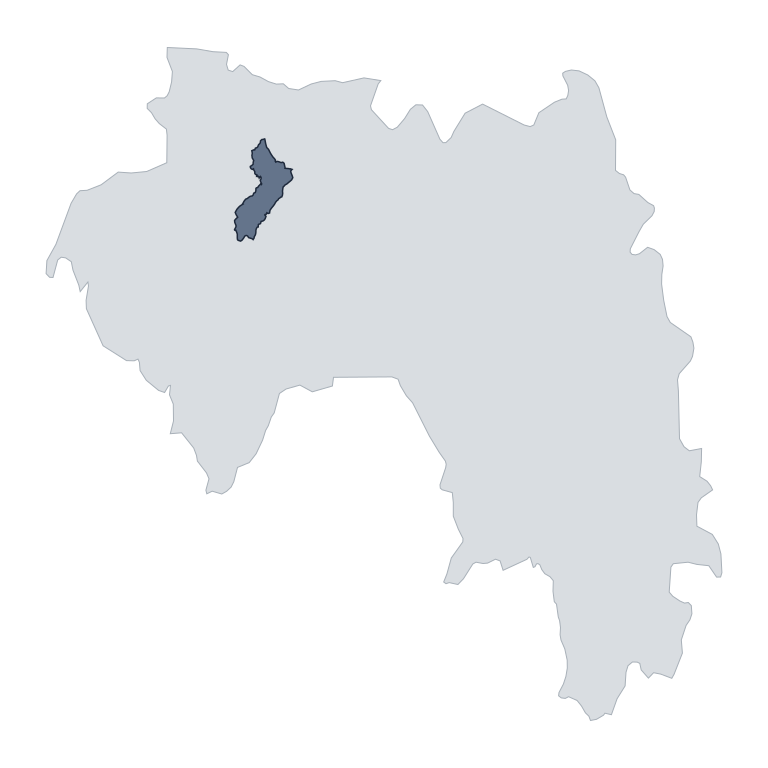 Lelouma, Lélouma, Guinea (highlighted)
{"feature_id": "49546643B79531384041877", "entity_name": "Lelouma", "entity_type": "district", "adm_level": 2, "iso_a3": "GIN", "parent_name": "Guinea", "parent_adm1": "Lélouma", "projection": "equal_earth", "projection_center": [-12.691, 11.514], "detail": "fine", "context": "in_parent", "style": "filled", "palette": "slate", "viewbox_px": 768, "rotation_deg": 0, "n_neighbors": 0, "source": "geoboundaries", "source_scale": "gbopen_adm2", "svg_char_len": 6166}
<svg xmlns="http://www.w3.org/2000/svg" viewBox="0 0 768 768"><path d="M483.0,563.5L476.0,562.2L472.8,564.0L463.5,578.7L457.9,584.5L449.2,582.6L446.0,583.7L443.7,582.0L446.9,574.0L451.3,558.0L462.8,541.9L463.0,538.5L458.3,529.1L453.3,516.2L453.3,502.5L452.3,492.6L442.2,489.8L440.3,488.1L440.0,484.8L445.7,467.6L446.2,464.2L445.4,461.1L439.2,452.3L429.4,436.1L412.6,402.8L406.4,395.8L400.4,385.7L398.1,379.2L391.9,376.9L333.5,377.3L332.4,386.0L312.3,391.8L299.9,385.1L286.1,389.0L279.4,393.5L274.2,412.9L271.3,417.0L268.3,425.7L265.6,430.5L262.6,440.1L256.1,453.8L249.2,462.6L237.5,467.4L233.8,481.7L231.1,487.1L226.6,491.3L221.8,494.0L212.2,491.2L206.8,493.8L205.9,490.2L209.0,478.8L206.5,472.9L197.4,461.1L196.5,455.4L193.7,448.0L181.6,432.8L170.3,433.7L173.5,421.0L173.3,404.1L169.5,394.8L170.5,385.4L168.4,386.0L164.6,392.5L158.6,390.4L146.3,380.3L140.1,370.6L139.4,362.3L138.0,359.1L134.2,360.8L126.5,360.6L103.1,345.8L86.4,308.7L86.1,300.3L88.5,285.9L87.9,282.0L80.2,291.6L78.8,285.1L73.0,270.2L71.3,261.7L65.7,257.9L61.2,257.2L57.7,260.0L53.0,277.5L49.6,277.3L46.1,273.6L46.9,260.6L55.9,244.4L71.1,203.3L76.6,193.9L80.0,190.7L87.1,190.3L101.1,184.8L118.2,172.1L131.2,173.0L146.7,171.5L166.8,162.7L167.1,135.2L166.4,129.1L159.3,123.6L155.1,118.8L151.5,112.7L147.2,108.4L147.3,103.8L156.3,97.9L164.5,98.0L167.2,95.7L169.2,91.8L171.6,81.9L172.4,71.5L167.0,57.4L167.3,47.5L196.8,48.9L213.0,51.7L226.3,52.4L228.4,54.7L226.5,64.4L228.2,70.1L232.7,71.6L240.1,64.9L244.0,66.4L252.3,74.7L260.0,77.0L268.4,81.6L276.3,84.1L283.3,83.8L288.7,88.5L298.5,90.0L311.2,84.0L321.2,81.4L335.2,80.7L342.6,82.7L364.0,77.9L380.8,80.6L378.2,83.9L370.5,105.8L371.4,109.7L388.6,128.4L392.6,129.7L397.3,127.2L404.6,118.6L410.4,109.3L415.9,104.8L422.5,105.0L427.7,111.6L439.9,139.2L443.0,142.7L445.9,142.6L451.2,137.5L453.9,131.4L465.1,113.2L482.6,104.1L524.1,125.0L530.2,126.6L533.8,125.0L538.9,112.7L554.5,102.2L561.9,99.2L566.2,98.9L567.8,95.5L568.6,90.5L567.7,85.3L562.9,75.9L562.7,73.2L565.4,71.4L571.4,70.0L579.1,70.9L587.8,75.0L594.9,80.8L598.9,87.8L606.8,116.9L615.7,139.8L615.5,170.4L619.4,173.5L623.6,174.8L625.6,177.2L629.9,189.9L634.0,193.6L638.8,194.4L647.8,202.5L653.6,205.7L654.4,208.1L654.2,211.5L652.0,215.7L643.3,224.2L639.1,231.5L630.3,248.8L630.1,252.1L632.0,254.4L635.6,254.9L639.5,253.7L647.6,247.3L654.1,249.6L660.2,254.4L662.5,259.4L663.1,266.0L661.8,274.6L661.6,284.1L663.7,300.3L667.0,316.6L670.3,322.5L690.9,336.8L692.9,342.1L693.9,348.2L692.5,356.4L690.4,361.0L679.2,373.7L677.5,379.8L678.4,391.1L679.5,438.7L684.0,446.7L689.3,450.8L701.6,448.5L701.3,461.8L699.7,476.6L707.0,481.2L710.6,485.7L712.6,489.9L701.3,497.8L698.0,502.4L696.5,514.8L696.9,526.2L712.3,534.4L718.3,544.0L720.9,553.9L721.9,572.7L720.6,577.0L716.6,577.1L708.8,565.7L696.9,564.4L688.1,562.2L673.3,563.7L670.9,567.1L669.2,592.1L672.8,596.3L679.9,601.0L684.5,603.1L688.3,602.5L691.3,605.6L691.9,613.8L689.9,619.8L686.1,625.4L681.3,639.9L682.4,653.1L674.1,674.2L671.8,678.3L660.7,674.1L653.6,672.7L648.4,678.1L641.2,669.9L639.8,663.4L637.2,662.1L632.4,662.0L628.0,665.7L626.0,672.3L625.1,685.9L617.1,698.7L611.4,714.7L604.9,713.2L603.5,715.2L596.5,719.3L590.5,720.5L588.9,716.2L585.4,712.8L581.5,706.0L577.1,700.5L568.6,696.7L565.3,698.4L561.3,697.9L558.6,695.8L559.0,692.5L563.4,684.1L565.9,676.5L567.3,668.1L567.2,660.1L564.8,648.9L561.0,640.0L560.1,634.8L560.5,627.5L559.6,620.6L558.3,617.0L556.5,604.1L554.3,601.7L553.0,591.3L553.3,580.7L550.0,576.7L544.8,573.7L541.8,569.6L539.9,564.9L538.0,563.6L536.5,563.9L535.0,566.7L533.3,567.4L530.3,557.4L529.0,557.0L526.9,559.3L503.1,570.3L500.1,560.9L495.5,559.2L487.6,563.1L483.0,563.5Z" fill="#d9dde1" stroke="#a8b0b8" stroke-width="1"/><path d="M234.1,229.9L235.0,230.2L235.9,230.7L235.9,230.9L236.0,230.7L236.6,232.0L237.3,234.1L237.3,238.1L237.5,239.6L238.1,240.3L240.6,241.1L241.9,240.3L243.5,238.3L244.8,236.1L245.6,235.6L246.7,235.5L247.7,236.1L248.6,237.6L252.3,238.8L253.1,239.6L254.1,238.0L254.2,236.9L255.4,234.8L255.8,233.0L255.9,231.3L255.9,230.2L256.2,229.1L256.6,228.1L257.4,227.0L258.2,227.0L258.3,226.2L258.3,224.7L258.6,224.3L259.3,224.1L259.9,223.9L260.5,223.6L261.1,221.4L262.1,221.2L263.1,220.9L264.4,219.9L265.2,218.6L265.6,217.5L266.0,216.3L265.6,215.8L265.2,215.6L264.8,214.9L265.2,214.4L266.1,214.3L266.8,213.4L266.9,212.8L268.1,213.5L269.6,213.0L269.7,212.0L270.0,210.3L270.5,209.5L271.5,208.1L272.4,207.0L273.4,205.8L274.6,204.1L275.6,202.2L275.9,201.9L276.9,200.7L277.5,200.3L278.2,199.7L278.6,198.7L279.8,198.0L281.0,197.0L281.7,197.0L281.8,196.8L282.4,195.4L282.7,193.4L282.5,191.1L282.9,188.0L283.3,186.7L284.1,186.1L285.2,184.8L286.8,184.0L288.9,182.2L289.8,181.5L291.6,179.9L292.8,177.7L292.3,176.0L291.0,172.6L290.7,171.1L291.3,170.2L292.1,169.4L291.8,169.3L291.5,169.2L291.2,169.2L290.9,169.0L290.6,168.9L290.3,168.8L290.0,168.9L289.7,168.9L289.1,168.7L288.8,168.6L288.6,168.6L286.1,168.4L285.0,168.3L285.1,167.8L284.1,163.3L282.8,162.2L281.1,162.6L279.5,162.0L278.7,161.7L277.9,161.5L276.9,161.4L275.8,162.1L275.2,161.1L275.4,160.1L274.6,158.8L273.0,157.1L271.7,155.2L270.4,153.1L268.5,149.3L266.7,147.5L265.7,143.8L264.8,139.0L264.4,138.9L263.3,139.4L261.9,139.5L260.5,140.8L260.3,142.7L259.6,143.8L258.6,144.6L257.7,146.9L256.8,147.7L255.4,148.1L254.7,149.9L253.6,149.9L252.5,150.4L251.8,150.7L252.3,153.2L251.9,155.5L252.1,156.6L252.2,157.9L253.7,160.4L253.2,162.3L253.1,164.3L252.7,164.7L251.6,165.6L250.3,166.4L250.4,167.6L251.2,168.8L252.4,169.4L253.5,168.8L253.7,169.8L254.1,170.5L254.8,171.6L254.8,173.3L255.4,174.3L256.6,174.7L256.6,176.0L257.2,175.6L257.4,176.4L258.1,176.3L258.2,176.8L258.9,176.8L259.2,178.0L260.5,176.5L261.1,177.5L261.1,178.6L260.5,180.0L260.2,180.2L260.6,181.6L261.2,182.9L261.7,183.9L261.5,184.4L260.8,183.6L260.3,184.4L258.5,186.2L257.7,187.5L256.3,187.9L255.9,188.6L255.9,190.5L255.3,192.5L253.7,193.2L253.2,194.9L252.3,195.9L250.3,196.3L249.0,197.1L247.3,198.5L245.6,199.2L244.0,201.3L242.9,203.4L242.6,203.8L243.0,204.1L241.2,205.2L240.1,205.9L238.7,207.2L236.9,209.3L235.2,212.4L236.2,214.8L237.7,217.2L235.8,219.0L234.6,220.4L234.7,222.1L235.2,223.5L236.0,225.4L236.0,226.7L235.1,228.6L234.2,229.9L234.1,229.9Z" fill="#64748b" stroke="#1e293b" stroke-width="1.5"/></svg>